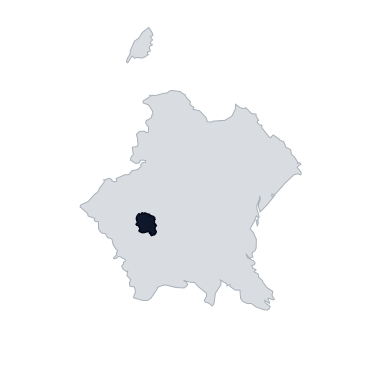 location of Aube within France, rotated 210°
{"feature_id": "FRA-5270", "entity_name": "Aube", "entity_type": "Metropolitan department", "adm_level": 1, "iso_a3": "FRA", "parent_name": "France", "parent_adm1": "", "projection": "albers", "projection_center": [4.051, 48.317], "detail": "fine", "context": "in_parent", "style": "filled", "palette": "ink", "viewbox_px": 384, "rotation_deg": 210, "n_neighbors": 0, "source": "natural_earth", "source_scale": "10m", "svg_char_len": 5950}
<svg xmlns="http://www.w3.org/2000/svg" viewBox="0 0 384 384"><g transform="rotate(210 192 192)"><path d="M274.6,158.4L272.6,159.6L271.4,162.0L270.1,162.6L267.7,162.7L266.5,161.4L263.7,162.4L262.6,163.9L264.4,165.7L258.9,173.3L255.4,175.4L254.7,180.3L250.5,184.1L249.0,188.0L248.9,188.7L250.0,190.0L249.6,192.5L247.5,194.2L247.5,195.8L248.1,196.0L251.5,194.6L252.7,193.1L252.0,191.1L255.3,188.5L261.4,188.9L262.2,192.2L261.5,195.0L266.1,200.9L262.4,203.8L262.2,205.7L266.4,211.6L269.0,214.0L267.8,218.1L263.7,220.9L261.0,220.8L259.9,221.5L260.0,222.7L262.0,226.4L266.7,228.6L267.4,231.3L266.2,232.4L264.3,236.6L265.3,238.7L264.9,239.6L265.5,241.0L266.7,242.4L273.2,245.7L279.0,244.7L279.8,246.8L276.5,252.4L276.8,254.9L275.0,255.0L274.8,255.8L271.2,257.8L265.6,263.6L263.0,265.3L262.0,268.2L260.4,269.8L252.1,273.2L250.5,272.6L246.4,272.7L243.9,270.8L238.9,269.6L237.3,266.7L232.7,266.2L232.5,264.3L226.1,266.1L217.1,263.5L213.9,260.7L211.3,261.4L209.0,264.0L199.3,270.6L195.4,277.6L196.0,285.7L198.2,289.8L192.2,289.1L188.7,290.2L187.7,291.9L179.3,289.7L176.1,291.3L175.2,291.2L174.2,289.4L170.1,287.4L170.8,286.1L170.2,284.8L166.4,283.8L165.0,284.9L163.6,282.5L152.8,278.3L151.1,278.3L150.2,282.0L143.2,281.5L142.2,280.8L137.7,281.4L133.1,277.7L127.7,278.0L124.7,274.3L121.5,273.8L117.2,271.7L115.2,270.6L115.0,269.6L113.6,271.1L111.9,270.6L111.6,270.1L112.8,268.2L113.2,265.9L107.8,263.9L106.4,262.1L106.5,261.2L109.5,260.7L112.4,257.7L115.8,246.4L118.5,233.0L120.1,230.5L121.8,230.0L120.6,228.0L118.7,230.3L120.6,218.0L123.1,208.8L127.4,212.9L128.3,214.6L129.3,220.3L131.7,222.7L130.2,220.4L129.0,212.9L128.2,210.7L121.4,204.0L121.3,202.6L124.4,203.6L123.4,198.8L123.3,189.1L119.1,187.8L112.6,183.2L108.4,175.4L108.1,172.5L109.6,169.7L108.6,167.7L106.8,166.3L108.5,163.9L109.9,163.7L114.7,165.6L110.9,162.9L104.4,163.2L101.9,162.1L101.6,160.3L103.5,158.2L101.5,156.6L97.8,156.6L97.4,156.0L98.6,154.5L97.7,153.8L94.7,154.2L93.0,153.5L91.6,151.5L86.8,150.6L85.8,149.5L79.4,146.7L72.4,146.3L70.9,142.4L66.9,140.2L67.9,139.1L72.2,138.5L73.1,137.5L70.2,135.7L69.3,134.1L74.9,134.4L72.6,132.5L67.1,132.0L66.7,129.7L67.6,127.5L71.0,125.9L79.1,124.5L84.8,125.1L89.1,122.9L93.1,122.6L96.8,124.2L101.4,131.0L105.7,128.6L111.8,129.2L112.9,130.9L114.8,128.1L116.0,129.9L123.5,129.9L121.8,128.6L120.6,125.8L121.1,115.8L117.8,108.2L117.1,105.5L117.5,103.3L121.8,104.1L125.5,103.3L127.2,104.1L127.3,108.8L128.7,111.6L138.8,113.1L144.6,114.9L149.6,112.5L154.3,111.6L154.7,111.0L152.0,111.1L149.6,109.8L149.4,108.6L150.8,105.0L158.0,101.3L168.4,98.3L171.1,96.1L174.2,92.1L173.6,91.0L174.4,79.8L176.0,76.1L179.9,73.6L189.7,71.1L190.8,74.7L190.7,76.7L193.3,79.9L194.5,80.9L198.8,79.3L200.8,82.3L201.4,85.6L206.6,87.0L208.1,91.3L209.0,90.4L212.3,90.6L213.8,90.9L215.9,92.8L215.3,95.4L216.2,96.7L215.3,99.1L215.9,100.1L221.9,100.0L223.7,99.0L224.5,96.6L226.3,95.1L227.0,95.6L225.9,100.0L226.8,101.1L227.2,104.3L229.5,104.6L234.0,107.0L237.8,111.2L242.4,110.4L246.1,112.6L249.8,111.3L253.4,112.5L254.7,113.7L258.2,119.5L260.7,118.2L262.6,118.8L263.2,120.5L270.0,119.2L271.3,120.8L272.8,121.4L281.6,123.2L281.8,125.4L277.1,131.9L275.3,141.0L273.9,144.2L273.5,146.5L274.0,148.1L273.8,150.5L273.0,156.4L273.7,158.1L274.6,158.4ZM314.8,276.9L314.6,280.6L316.1,283.2L317.3,293.7L314.9,299.0L314.8,305.3L311.7,312.9L306.0,309.9L304.2,308.2L305.5,305.3L302.2,304.0L302.9,301.2L302.4,299.9L300.2,299.9L300.0,299.2L301.5,297.0L301.4,295.6L299.2,294.1L298.7,292.7L300.7,290.9L299.6,289.5L298.5,289.2L301.0,284.2L302.8,282.7L306.9,281.0L308.6,279.1L311.4,279.9L311.9,279.4L312.3,271.7L313.2,271.6L314.2,272.5L314.8,276.9ZM122.1,199.3L121.3,201.5L118.8,197.5L118.6,195.4L122.1,199.3Z" fill="#d9dde1" stroke="#a8b0b8" stroke-width="1"/><path d="M216.3,131.6L218.2,131.7L218.3,131.8L218.5,131.9L218.6,132.2L218.6,132.5L218.6,133.0L218.4,133.8L218.4,134.0L218.5,134.1L221.9,136.2L222.1,136.1L222.7,135.7L223.1,135.6L224.3,136.1L224.3,136.4L224.2,136.7L224.1,137.0L223.8,137.7L223.7,137.9L223.8,138.1L224.4,138.5L225.1,139.4L225.7,139.8L226.0,140.4L226.2,140.5L226.8,140.8L226.9,141.1L226.8,141.3L226.8,141.6L227.0,141.8L227.2,142.0L227.3,142.1L227.6,144.5L227.5,144.8L227.3,145.2L227.3,145.8L227.2,146.3L227.0,146.7L226.8,146.8L225.8,146.6L225.6,146.6L225.3,146.7L225.0,146.9L224.8,147.5L225.2,148.4L224.8,148.9L224.4,149.2L224.2,149.3L223.9,149.3L223.4,149.1L223.1,149.1L222.9,149.2L222.6,149.6L222.5,149.8L222.5,150.0L222.4,150.3L222.2,150.4L218.6,150.9L217.9,151.4L217.7,151.4L217.4,151.2L217.1,150.8L216.8,150.3L216.7,150.2L216.6,150.3L216.6,150.6L216.6,150.9L216.6,151.0L216.4,151.0L216.2,150.8L216.0,150.7L215.8,150.7L215.6,150.8L215.4,151.1L215.2,151.2L214.7,151.2L214.3,151.1L214.2,151.1L213.8,151.4L213.7,151.5L213.4,151.4L213.1,151.3L212.9,151.3L212.2,151.3L211.8,151.3L211.6,151.2L211.4,150.8L211.4,150.7L211.5,150.1L211.4,150.0L211.3,149.9L211.1,149.9L210.8,150.0L210.7,150.0L210.3,149.8L210.2,149.7L210.3,149.4L210.6,149.4L210.7,149.1L209.4,146.9L209.1,146.5L208.9,146.3L208.8,146.1L208.8,145.9L208.7,145.7L208.3,145.4L208.1,145.5L208.0,145.8L207.7,145.9L207.4,145.9L207.1,145.7L206.6,145.2L206.0,144.9L206.1,144.6L206.4,144.3L206.5,144.2L206.5,143.9L206.5,143.5L206.4,143.4L206.5,143.2L206.4,143.0L206.3,142.8L206.1,142.4L205.1,141.0L204.8,140.7L204.5,140.5L204.0,140.2L203.8,140.2L203.5,140.2L203.4,140.2L203.3,139.9L203.3,139.7L203.2,139.3L202.9,139.1L202.9,138.9L202.9,138.6L203.0,138.3L203.0,138.1L202.8,137.7L203.0,137.3L203.3,137.0L203.4,136.9L203.2,136.5L203.1,136.4L203.1,136.2L203.5,136.1L203.9,136.0L204.1,135.9L204.2,135.6L204.3,135.1L204.6,134.7L205.3,134.0L205.8,134.0L206.4,134.9L206.8,134.9L207.0,135.6L207.0,135.9L207.3,135.7L207.7,135.6L208.0,135.5L208.2,135.4L208.3,135.3L208.3,135.2L208.5,135.3L208.8,135.8L209.5,136.1L210.2,136.2L210.5,136.3L210.6,135.6L210.7,135.4L210.9,135.1L211.2,135.0L213.2,132.9L213.4,132.8L213.7,132.8L214.0,132.7L214.4,132.0L214.7,132.0L215.0,132.0L216.3,131.6Z" fill="#0f172a" stroke="#020617" stroke-width="1.5"/></g></svg>